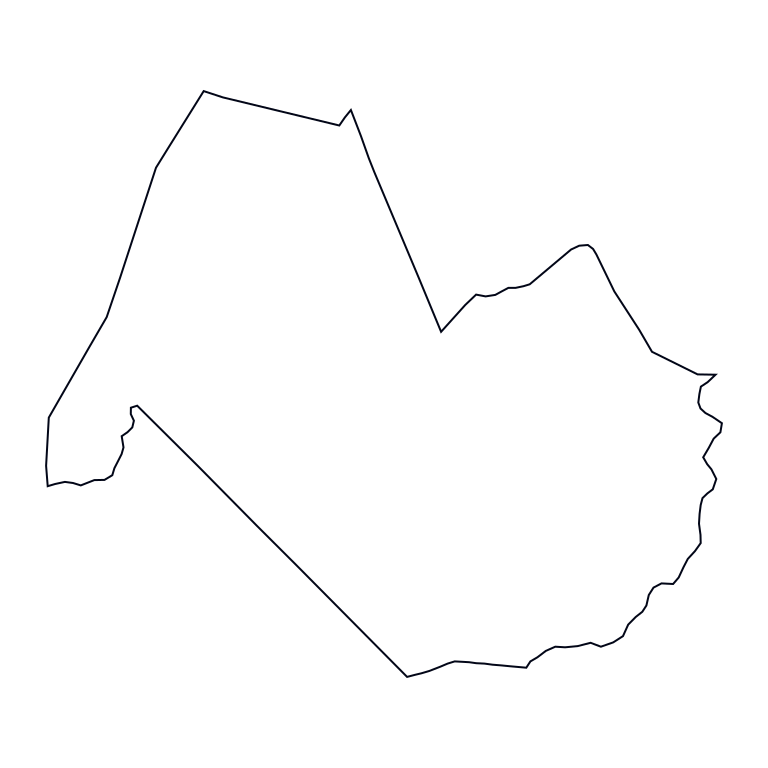 the district of Apuiarés, Ceará, Brazil
{"feature_id": "56859067B73937581953991", "entity_name": "Apuiarés", "entity_type": "district", "adm_level": 2, "iso_a3": "BRA", "parent_name": "Brazil", "parent_adm1": "Ceará", "projection": "orthographic", "projection_center": [-39.3, -3.96], "detail": "fine", "context": "isolated", "style": "outline", "palette": "ink", "viewbox_px": 768, "rotation_deg": 0, "n_neighbors": 0, "source": "geoboundaries", "source_scale": "gbopen_adm2", "svg_char_len": 1567}
<svg xmlns="http://www.w3.org/2000/svg" viewBox="0 0 768 768"><path d="M678.7,577.5L683.5,567.2L687.8,558.9L694.9,551.2L700.7,543.1L700.5,534.9L699.0,523.7L699.6,513.8L700.7,505.0L702.5,498.1L707.4,493.4L712.8,489.3L716.3,479.0L711.4,469.3L707.2,464.2L703.2,457.3L708.8,447.8L713.7,438.6L720.4,432.3L721.9,423.2L712.6,416.9L705.4,413.0L700.5,408.5L698.3,402.5L699.4,394.0L700.9,386.6L707.7,382.1L715.5,374.7L697.6,374.4L652.0,351.8L639.2,329.8L614.3,291.4L596.4,254.5L593.1,249.0L587.9,245.0L579.2,245.7L571.1,249.5L529.7,284.3L523.5,286.2L515.4,287.9L508.3,287.9L501.7,291.4L495.3,294.9L485.6,296.4L476.1,294.6L465.3,304.9L441.1,331.8L419.0,278.4L374.4,172.3L368.8,158.2L361.0,136.2L350.9,110.0L344.9,117.4L339.3,125.5L222.9,97.4L203.7,91.1L167.9,148.5L156.0,167.7L120.2,277.4L106.7,317.1L89.4,346.9L48.8,417.6L46.1,465.8L47.7,486.2L55.1,484.0L64.9,481.9L73.0,483.0L80.8,485.4L86.9,483.0L94.3,480.1L104.5,479.9L112.3,475.2L114.4,468.2L118.2,460.8L121.6,454.1L123.5,447.4L121.7,436.2L127.6,432.1L132.3,427.4L133.9,420.7L130.8,414.1L130.9,407.7L137.2,405.7L197.7,465.8L257.0,525.9L296.3,565.1L407.1,676.9L415.1,674.8L421.4,673.3L429.2,671.0L440.3,666.7L447.6,663.6L454.7,661.4L462.1,661.8L469.1,662.2L476.2,663.2L484.5,663.6L492.6,664.7L501.3,665.4L510.5,666.3L519.6,667.1L526.3,667.7L530.4,661.4L537.4,657.3L545.8,650.9L555.3,646.7L565.1,647.3L577.7,646.1L590.6,642.8L600.9,646.7L613.2,642.4L623.0,636.1L628.2,624.6L635.8,616.9L642.3,611.8L646.4,605.5L648.8,595.0L653.5,587.6L661.5,583.4L673.1,584.0L678.7,577.5Z" fill="none" stroke="#020617" stroke-width="2"/></svg>